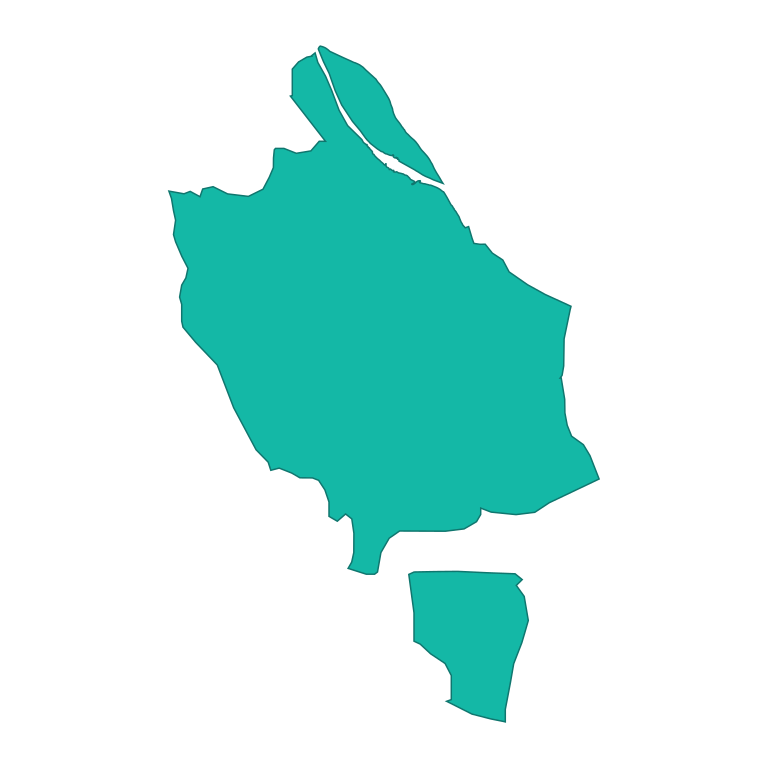 Auseem, Al Jizah, Egypt (Equal Earth projection)
{"feature_id": "37247803B16391777329697", "entity_name": "Auseem", "entity_type": "district", "adm_level": 2, "iso_a3": "EGY", "parent_name": "Egypt", "parent_adm1": "Al Jizah", "projection": "equal_earth", "projection_center": [31.148, 30.12], "detail": "fine", "context": "isolated", "style": "filled", "palette": "teal", "viewbox_px": 768, "rotation_deg": 0, "n_neighbors": 0, "source": "geoboundaries", "source_scale": "gbopen_adm2", "svg_char_len": 5890}
<svg xmlns="http://www.w3.org/2000/svg" viewBox="0 0 768 768"><path d="M571.0,306.3L545.0,294.4L527.5,284.7L509.1,271.9L502.8,260.0L492.3,253.1L485.2,244.2L480.0,244.3L473.9,243.4L472.1,238.4L468.6,226.6L465.2,227.8L464.4,226.8L463.7,226.1L463.4,225.7L463.0,225.4L462.0,223.4L461.6,222.8L461.2,222.2L459.7,218.6L459.2,217.1L458.6,216.0L457.0,213.5L456.0,211.7L454.2,209.5L454.1,209.3L454.1,208.8L454.0,208.7L453.7,208.3L453.2,207.8L452.8,206.9L452.1,205.8L451.0,204.8L447.1,197.6L444.8,193.7L443.9,192.3L443.5,191.8L442.8,191.6L441.2,190.3L439.9,189.3L438.9,188.7L437.7,188.0L436.2,187.3L431.7,185.5L430.8,185.2L430.2,185.1L429.8,185.1L429.4,185.1L428.4,184.7L426.6,184.3L424.9,183.8L423.5,183.7L422.8,183.5L420.4,182.8L419.8,182.6L419.6,182.5L419.5,182.3L419.5,182.1L419.6,181.8L419.8,181.6L420.1,181.5L420.4,181.3L420.4,181.1L420.3,180.9L420.2,180.8L420.1,180.7L418.7,180.8L418.1,180.9L417.6,181.1L417.1,181.4L416.4,181.9L415.4,182.9L415.1,183.2L413.6,184.2L412.8,184.6L412.7,184.5L412.7,184.4L412.6,184.2L412.4,184.0L412.1,184.4L411.9,184.4L411.8,184.1L412.0,183.8L412.6,183.7L413.0,183.4L413.7,183.0L414.2,182.6L414.5,182.3L414.7,182.1L414.7,181.8L414.6,181.6L414.3,181.3L410.7,179.5L410.3,179.1L409.7,178.2L408.8,177.3L407.6,176.1L407.3,175.8L406.6,175.4L406.0,175.2L405.2,175.1L404.6,174.9L404.3,174.7L403.7,174.2L403.4,174.0L402.8,173.9L401.1,173.4L398.3,172.8L397.9,172.5L397.3,172.1L396.9,171.9L396.6,171.8L395.8,172.0L394.8,172.1L394.6,172.0L394.4,171.8L393.7,171.8L393.8,170.8L393.6,170.4L392.9,170.4L392.4,170.6L391.2,169.7L390.6,169.1L390.4,169.1L389.8,169.5L389.3,169.5L389.0,168.5L388.5,168.0L387.9,167.6L386.9,167.2L386.2,166.5L386.2,166.0L386.0,165.5L386.0,165.3L386.0,165.2L385.8,165.0L385.7,164.9L385.9,164.6L386.1,164.0L386.0,163.8L385.9,163.8L385.7,163.8L385.0,165.0L384.9,165.1L384.4,164.7L384.1,164.6L383.8,164.4L383.3,163.7L382.7,163.1L381.3,162.0L379.4,160.1L377.5,158.6L376.3,157.4L375.6,156.7L375.2,156.3L374.6,155.6L374.0,154.6L373.8,154.4L373.3,154.2L373.1,154.1L372.8,153.7L372.6,153.3L372.4,153.0L372.4,152.7L372.5,152.1L372.4,151.9L372.2,151.4L371.9,151.0L370.8,149.9L370.1,149.2L369.8,148.7L369.3,147.9L369.2,147.8L368.9,147.7L368.6,147.7L368.3,147.6L368.1,147.3L368.1,146.9L368.0,146.5L367.6,146.2L367.2,145.9L367.0,145.6L367.0,145.3L367.1,145.0L367.1,144.8L367.0,144.6L366.8,144.5L366.4,144.6L366.1,144.6L365.2,143.8L364.0,142.9L363.4,142.4L361.9,139.6L347.6,125.6L339.1,110.3L331.6,90.3L325.6,76.3L317.8,62.4L315.1,52.9L311.5,55.8L311.8,56.2L306.9,57.1L298.6,61.9L292.3,69.1L292.3,95.6L290.4,96.1L325.5,141.3L319.2,141.3L310.9,150.9L296.3,153.3L283.9,148.4L275.5,148.4L274.3,149.8L273.5,158.0L273.4,167.6L269.3,177.2L263.0,189.2L248.4,196.4L227.6,193.9L213.1,186.7L202.7,189.0L200.0,196.7L190.2,191.4L184.0,193.8L168.9,191.1L171.5,198.5L173.5,210.6L175.6,220.2L173.5,234.6L175.6,241.8L181.8,256.3L188.0,268.3L185.9,277.9L181.7,285.1L179.6,297.1L181.7,304.4L181.7,321.2L183.0,327.2L195.8,342.5L198.7,345.5L217.3,365.0L233.7,407.8L256.1,449.8L268.2,462.2L270.8,470.3L279.2,468.1L291.6,473.0L299.9,477.8L312.4,477.9L318.6,480.3L324.9,489.9L329.0,502.0L329.0,516.4L337.3,521.2L345.6,514.0L351.8,518.9L353.9,533.3L353.8,552.5L351.7,562.1L348.1,568.4L366.3,574.2L374.6,574.2L377.5,572.0L380.9,552.6L389.2,538.2L399.6,531.0L445.3,531.2L464.1,528.9L476.5,521.7L480.7,514.5L480.7,508.1L491.1,512.1L516.0,514.6L534.8,512.3L549.3,502.7L599.1,479.0L590.0,455.7L583.4,444.7L571.6,436.2L567.2,425.2L564.9,412.9L564.7,399.3L561.2,377.9L560.2,378.0L562.1,375.3L563.7,366.0L564.1,338.9L570.3,309.0L570.5,308.4L571.0,306.3ZM505.3,721.9L505.3,709.4L508.0,695.3L510.5,682.1L513.7,663.7L521.8,642.8L524.7,633.0L528.3,620.5L524.2,596.4L516.3,585.4L522.2,579.6L515.1,573.8L487.9,572.8L457.6,571.4L435.3,571.6L414.1,572.0L408.8,574.4L414.0,612.8L414.0,641.2L420.2,644.1L430.6,653.8L445.1,663.5L451.3,675.5L451.3,699.6L446.6,701.3L472.0,714.1L490.7,718.9L503.2,721.4L505.3,721.9ZM320.2,46.1L319.6,46.6L319.3,47.0L319.0,47.4L318.6,48.2L318.3,48.9L318.6,49.8L323.5,61.7L329.2,73.5L335.2,90.7L341.6,104.8L341.7,105.0L352.5,121.4L360.2,130.6L365.8,138.4L366.0,138.5L366.3,138.7L366.5,139.3L369.8,142.7L369.9,143.0L377.2,148.8L380.7,151.1L381.2,151.5L381.5,151.6L382.0,151.6L382.4,151.7L382.8,151.9L383.8,152.7L385.1,153.5L385.7,153.8L386.8,154.0L388.5,154.7L389.8,155.2L390.7,155.4L392.1,155.6L392.4,155.5L392.5,155.3L392.7,155.0L392.8,154.9L393.0,154.8L393.5,155.2L393.6,155.4L393.6,155.5L393.5,155.8L393.3,156.3L393.3,156.5L393.4,156.8L394.3,157.6L394.6,157.8L395.1,157.8L395.3,157.8L395.6,157.6L396.0,157.5L396.0,157.9L396.0,158.1L396.4,158.2L396.5,157.9L396.9,157.8L397.5,157.9L397.7,158.0L397.8,158.2L397.9,158.5L397.6,159.1L397.6,159.3L397.8,159.4L398.7,159.8L399.0,160.0L399.1,160.3L399.0,160.9L399.0,161.1L414.6,169.8L415.9,170.7L418.2,172.0L422.7,174.9L424.3,175.7L425.4,176.3L426.6,176.8L429.8,178.1L433.5,179.9L443.0,183.4L441.7,181.4L440.0,178.4L438.3,175.6L436.9,173.4L435.8,171.5L434.2,168.6L433.6,167.3L432.4,164.6L432.1,164.0L431.8,163.5L431.3,162.8L429.5,159.5L428.2,157.6L427.1,156.1L425.6,154.4L423.9,152.5L422.2,150.7L421.4,149.8L420.3,148.3L417.9,144.6L416.8,143.2L415.8,141.9L414.1,140.1L413.4,139.5L411.4,137.8L409.8,136.3L408.3,134.7L406.5,133.1L406.0,132.5L405.4,131.7L405.0,130.9L404.4,129.7L404.1,129.6L403.8,129.2L403.2,128.3L402.6,127.4L401.8,126.6L401.0,125.2L399.6,123.2L396.7,119.5L395.8,118.2L395.5,117.8L395.0,116.7L393.6,113.5L392.9,111.0L392.7,110.3L392.6,109.2L392.4,108.5L392.0,107.4L391.0,104.9L390.7,104.1L390.3,102.5L389.9,101.2L389.4,100.1L388.7,98.5L388.0,97.3L387.0,95.6L381.6,86.8L380.6,85.3L380.0,84.5L378.5,82.8L377.9,82.1L376.5,80.1L375.9,79.1L375.7,79.0L365.8,70.0L364.6,68.8L363.1,67.3L361.4,66.1L359.7,64.9L357.9,64.0L357.0,63.6L355.1,62.8L354.0,62.5L343.0,57.5L337.4,54.9L329.7,51.3L328.6,50.2L327.4,49.3L326.5,48.6L325.0,47.7L324.1,47.3L322.6,46.7L321.8,46.5L320.2,46.1Z" fill="#14b8a6" stroke="#0f766e" stroke-width="1.5"/></svg>